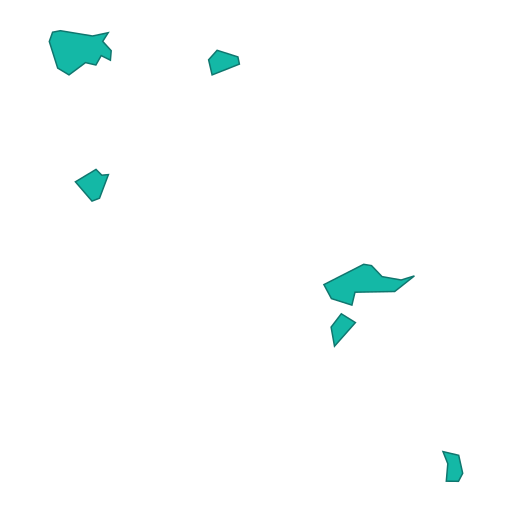 the state/province of Marquesas Islands
{"feature_id": "PYF-4967", "entity_name": "Marquesas Islands", "entity_type": "state/province", "adm_level": 1, "iso_a3": "PYF", "parent_name": "French Polynesia", "parent_adm1": "", "projection": "albers", "projection_center": [-139.551, -9.25], "detail": "coarse", "context": "isolated", "style": "filled", "palette": "teal", "viewbox_px": 512, "rotation_deg": 0, "n_neighbors": 0, "source": "natural_earth", "source_scale": "10m", "svg_char_len": 704}
<svg xmlns="http://www.w3.org/2000/svg" viewBox="0 0 512 512"><path d="M401.1,280.0L414.4,275.9L394.7,291.5L355.0,292.2L351.9,305.1L331.4,298.6L323.9,284.6L363.7,264.3L371.5,265.6L382.0,276.6L401.1,280.0ZM102.7,41.4L111.2,50.7L110.4,60.2L101.2,55.6L95.9,65.0L85.5,62.6L69.0,74.9L57.7,68.1L49.3,41.5L52.6,32.2L60.4,30.7L92.5,36.0L108.2,32.7L102.7,41.4ZM96.0,169.4L101.8,175.2L108.4,174.6L99.5,198.2L92.0,201.1L75.4,181.8L96.0,169.4ZM443.0,451.6L458.7,455.3L462.7,473.3L458.5,481.3L446.3,481.2L447.8,463.7L443.0,451.6ZM237.9,56.9L239.4,64.1L212.1,74.9L208.6,59.8L217.1,50.3L237.9,56.9ZM341.3,313.8L355.4,322.6L334.5,346.2L331.1,327.1L341.3,313.8Z" fill="#14b8a6" stroke="#0f766e" stroke-width="1.5"/></svg>